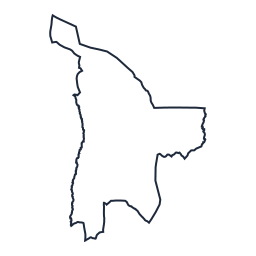 outline of Akatsi North, Volta, Ghana
{"feature_id": "2480657B78562505377679", "entity_name": "Akatsi North", "entity_type": "district", "adm_level": 2, "iso_a3": "GHA", "parent_name": "Ghana", "parent_adm1": "Volta", "projection": "natural_earth1", "projection_center": [0.826, 6.311], "detail": "fine", "context": "isolated", "style": "outline", "palette": "slate", "viewbox_px": 256, "rotation_deg": 0, "n_neighbors": 0, "source": "geoboundaries", "source_scale": "gbopen_adm2", "svg_char_len": 5652}
<svg xmlns="http://www.w3.org/2000/svg" viewBox="0 0 256 256"><path d="M204.7,108.3L196.1,107.7L185.0,107.6L175.2,107.5L164.6,107.6L154.2,107.9L152.9,105.0L151.3,102.4L150.7,100.5L150.6,97.7L150.1,95.7L148.8,93.5L148.0,91.4L146.9,90.6L145.8,90.4L145.1,89.2L143.7,87.8L142.1,84.9L141.3,82.2L139.8,80.6L134.5,76.9L134.5,75.3L132.5,72.0L128.2,68.3L116.8,57.9L107.1,51.5L99.6,49.6L90.3,47.6L79.8,43.9L75.9,26.6L60.6,19.6L56.3,17.5L52.7,15.4L52.2,17.3L51.8,20.3L51.5,24.3L50.2,32.0L50.3,36.0L52.2,42.5L55.1,42.0L56.3,41.9L56.8,42.2L59.6,44.7L64.3,47.3L70.3,49.5L72.1,50.7L74.4,53.6L77.5,55.7L80.1,56.9L78.8,62.1L78.9,63.5L79.4,65.3L79.0,67.8L80.5,68.3L82.1,70.8L79.6,72.1L77.7,74.1L77.0,76.0L76.6,78.4L77.3,84.3L77.8,87.1L80.0,92.4L78.7,93.9L77.5,95.2L76.5,94.8L74.4,94.5L73.5,95.2L74.2,95.7L74.9,96.2L75.2,96.5L75.4,97.1L75.7,98.6L76.0,99.1L76.3,99.9L76.2,102.1L76.7,104.1L77.1,104.9L77.6,105.3L78.3,105.4L78.7,105.7L78.5,106.8L78.7,107.0L79.2,107.1L79.2,107.3L79.0,107.5L78.9,108.0L78.7,108.2L79.1,109.2L79.4,109.4L79.5,109.6L79.4,111.2L79.5,111.6L79.9,112.1L80.0,112.5L79.8,113.0L79.8,113.6L80.0,114.0L80.3,114.2L80.5,114.5L80.7,115.7L80.6,116.1L80.7,116.3L80.7,116.6L80.9,116.8L80.8,117.2L81.1,117.4L81.2,117.7L81.1,118.2L81.2,118.7L81.4,118.8L81.8,118.9L82.0,119.0L81.9,120.6L82.3,121.2L82.0,121.8L82.1,122.2L82.5,123.4L82.5,123.9L82.6,124.4L82.5,124.8L82.6,125.5L82.4,126.0L82.5,126.6L82.4,127.2L83.0,127.9L83.0,129.3L83.3,129.6L83.3,130.0L83.5,130.3L84.0,130.2L84.1,130.5L84.1,130.8L83.8,131.3L83.8,131.8L83.9,132.2L83.5,132.8L83.3,133.3L83.7,134.0L83.8,134.8L83.6,135.5L83.8,136.0L83.6,136.3L83.7,136.8L83.6,137.4L83.9,137.9L84.0,138.4L83.8,139.2L83.8,139.9L83.5,140.7L83.7,141.4L83.4,141.4L83.2,141.6L82.8,141.5L82.7,141.6L82.5,142.2L81.7,143.0L81.6,143.4L81.8,143.7L81.8,144.1L81.6,144.8L81.8,146.0L81.7,146.7L81.8,147.1L81.7,147.5L81.1,147.7L80.7,147.8L80.7,148.0L80.7,148.6L80.8,148.9L80.8,149.4L80.6,149.6L79.7,149.8L79.5,150.3L79.6,150.5L79.6,151.2L79.0,152.2L79.0,153.1L79.3,153.5L78.7,154.0L78.4,154.8L78.4,155.1L78.6,155.3L78.7,155.6L78.7,156.1L78.5,156.6L78.6,157.3L78.1,157.7L78.0,158.0L77.3,158.0L77.0,158.2L76.4,159.4L76.5,159.9L76.3,160.3L76.4,160.6L76.3,160.9L76.4,161.4L76.1,162.0L76.5,162.3L76.3,162.8L76.7,163.0L76.9,163.1L76.9,163.5L77.2,164.0L77.3,164.4L77.5,164.6L77.5,165.0L77.4,165.8L77.3,166.3L76.9,167.4L76.5,167.6L76.5,168.1L76.3,168.6L76.2,169.0L76.4,169.3L76.3,169.9L75.9,170.5L75.7,171.0L76.0,171.2L76.0,171.6L76.0,172.1L75.8,172.5L75.8,172.9L76.0,173.5L75.8,173.7L75.8,174.2L75.3,174.3L74.9,174.7L74.8,174.9L74.8,175.5L74.3,176.8L74.3,177.7L74.2,178.1L73.6,179.1L73.1,179.7L73.1,180.0L72.8,180.4L73.0,181.2L72.9,181.7L72.6,182.1L72.9,182.2L72.9,182.8L73.1,183.1L72.6,183.9L72.6,184.4L72.4,185.3L71.8,186.0L71.9,186.3L71.7,186.5L71.8,186.8L71.7,187.0L71.9,187.3L71.9,187.8L71.7,188.3L71.5,188.9L71.2,189.5L71.3,189.7L71.8,189.9L71.8,190.2L72.0,190.6L71.9,191.0L72.0,191.9L72.4,192.3L72.6,193.0L72.8,193.4L72.7,194.4L72.2,194.8L72.1,195.8L72.1,196.0L72.4,196.2L72.5,196.5L72.8,196.8L72.6,197.5L72.7,197.8L73.1,198.4L73.1,198.7L73.5,199.5L73.4,200.8L72.2,202.4L72.4,203.0L72.1,203.2L72.0,203.5L72.0,205.1L72.5,205.6L72.6,206.1L72.2,207.0L72.1,207.3L72.3,207.8L72.3,208.0L72.7,208.3L72.6,208.9L72.9,209.3L72.1,210.9L72.0,212.4L71.8,212.6L71.9,212.9L71.5,214.3L71.0,215.0L70.4,215.9L70.0,217.0L70.3,218.3L70.9,218.1L71.1,218.3L71.3,218.9L71.3,219.7L71.5,220.1L71.5,220.5L71.2,220.7L70.8,221.5L71.1,221.6L71.2,221.8L71.2,222.4L71.0,223.1L71.1,223.4L71.1,223.8L71.2,224.1L70.9,224.4L70.9,224.5L70.9,225.4L71.2,225.9L72.4,225.0L73.1,224.1L74.7,223.3L75.7,223.1L77.0,222.3L77.7,222.0L78.2,222.0L79.7,222.4L80.9,222.4L82.8,222.7L83.5,223.1L83.7,224.2L84.2,227.6L85.4,234.2L85.4,237.8L85.1,240.6L85.6,240.4L86.2,239.9L88.9,238.4L90.2,237.5L90.4,237.4L90.9,237.3L91.6,237.6L92.4,238.1L92.8,238.2L94.2,238.3L95.1,238.7L95.6,238.6L95.9,238.0L96.6,235.6L97.2,234.6L98.5,233.5L99.5,232.5L102.5,231.9L103.2,231.9L103.1,229.7L103.9,224.5L104.2,222.0L104.2,220.3L104.3,218.3L104.0,216.2L103.9,213.6L104.0,206.3L103.8,205.0L103.9,202.8L104.2,202.8L106.2,204.0L106.6,204.6L109.4,202.3L111.0,200.8L112.6,200.8L116.0,200.5L120.0,200.5L125.3,200.8L127.0,202.3L127.4,203.3L128.3,205.0L129.2,205.7L130.0,206.1L131.2,206.3L131.4,206.6L131.7,206.6L132.2,207.2L134.7,208.8L134.9,208.7L135.7,209.2L136.5,210.2L137.2,210.5L137.7,211.1L138.6,212.6L139.8,214.4L141.2,215.8L141.6,216.4L143.1,217.7L143.4,218.2L144.5,219.3L144.8,219.9L145.5,220.5L147.4,221.3L149.0,222.7L151.5,219.0L155.8,211.9L159.6,204.5L160.3,199.6L155.4,180.6L155.6,167.3L156.1,163.6L157.6,154.7L159.6,153.8L160.4,154.2L162.4,156.1L163.2,156.4L163.8,156.8L164.2,156.9L165.2,156.7L165.9,156.3L167.4,154.6L168.6,154.6L168.9,154.6L171.5,156.5L172.1,155.3L172.3,155.2L172.5,155.3L173.1,154.8L174.1,154.4L175.8,152.6L176.3,152.5L176.5,152.7L177.4,152.7L178.2,153.1L179.5,152.6L180.8,154.1L181.5,155.5L183.2,156.6L184.6,158.7L187.5,155.5L188.1,153.4L191.2,150.4L194.3,150.3L196.2,148.6L201.4,146.4L201.9,144.7L201.9,144.3L202.9,143.5L203.2,142.3L203.7,142.5L204.2,142.2L204.7,141.0L204.7,140.6L205.3,139.6L205.3,139.4L205.1,139.1L204.2,139.1L204.0,138.7L203.9,138.5L204.1,137.2L204.8,135.1L204.9,134.3L204.5,132.9L203.4,131.7L203.6,131.5L203.7,131.0L204.2,130.4L204.2,129.2L203.0,129.4L202.5,128.6L202.3,128.5L202.9,127.4L202.6,126.6L201.8,126.6L201.8,126.2L202.9,123.4L203.5,122.5L204.0,120.5L203.4,119.8L203.6,119.0L203.9,118.9L204.0,118.8L204.0,118.4L204.2,117.9L204.7,117.4L204.9,116.9L205.2,116.7L205.3,116.3L205.5,116.1L205.3,115.7L205.2,115.1L205.4,114.7L205.6,114.8L205.7,114.7L205.8,114.2L204.9,113.2L204.2,110.8L204.7,108.3Z" fill="none" stroke="#1e293b" stroke-width="2"/></svg>